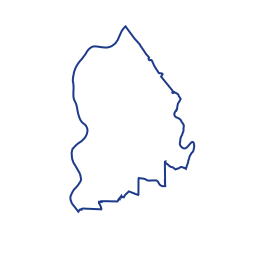 Vijfheerenlanden, Zuid-Holland, Netherlands (Robinson projection), rotated 289°
{"feature_id": "6326949B1292857189709", "entity_name": "Vijfheerenlanden", "entity_type": "district", "adm_level": 2, "iso_a3": "NLD", "parent_name": "Netherlands", "parent_adm1": "Zuid-Holland", "projection": "robinson", "projection_center": [5.057, 51.93], "detail": "fine", "context": "isolated", "style": "outline", "palette": "blue", "viewbox_px": 256, "rotation_deg": 289, "n_neighbors": 0, "source": "geoboundaries", "source_scale": "gbopen_adm2", "svg_char_len": 5582}
<svg xmlns="http://www.w3.org/2000/svg" viewBox="0 0 256 256"><g transform="rotate(289 128 128)"><path d="M223.3,92.6L222.6,92.2L220.7,91.4L219.7,91.1L218.7,90.8L217.7,90.5L215.1,90.2L208.8,89.7L207.8,89.6L205.8,89.0L204.4,88.7L203.7,88.3L202.8,87.8L201.2,86.7L200.4,86.1L199.7,85.5L198.9,84.5L198.3,83.7L197.5,82.4L197.3,81.9L197.0,81.4L196.4,79.2L196.1,78.1L195.8,76.7L195.5,75.0L194.8,71.6L194.7,71.0L194.3,69.9L193.9,69.0L193.7,68.6L193.2,67.8L192.8,67.4L192.2,66.9L190.7,65.8L188.5,64.8L187.4,64.5L186.4,64.2L184.2,63.8L178.0,61.8L175.4,60.7L172.7,59.8L171.0,59.4L168.3,58.9L165.5,58.8L163.2,58.8L158.4,59.5L156.9,59.8L155.4,60.2L154.2,60.7L153.5,61.0L153.2,61.3L152.8,61.6L151.8,62.0L149.5,63.0L148.7,63.3L147.0,63.9L145.4,64.3L140.6,65.9L137.8,67.3L134.3,70.7L132.6,72.0L130.4,73.3L128.0,74.6L125.8,75.9L123.9,77.2L121.8,78.8L120.2,80.3L118.8,82.1L118.0,83.7L117.2,86.2L116.4,87.6L115.1,88.9L113.6,90.0L112.7,90.4L112.1,90.6L110.3,90.9L108.5,91.0L106.6,90.8L104.8,90.4L101.4,88.9L100.1,88.1L97.5,86.1L95.6,84.9L93.8,84.0L90.3,82.4L89.7,82.4L89.2,82.4L86.6,82.7L84.2,83.6L81.9,84.6L80.2,85.6L79.1,86.4L77.5,87.7L74.8,91.0L74.0,91.9L71.5,94.8L70.8,95.5L70.5,95.8L70.1,96.4L69.6,96.9L68.5,97.8L67.4,98.6L64.2,100.3L63.1,100.5L62.0,100.4L60.9,100.2L59.8,99.9L57.2,99.2L56.5,98.9L53.5,97.6L52.2,97.0L50.8,96.6L49.5,96.4L46.8,96.0L45.5,95.9L44.2,96.0L42.9,96.4L41.7,96.9L40.8,97.6L39.8,98.3L38.9,99.1L38.2,99.9L37.5,100.9L36.5,102.5L35.6,103.9L32.7,108.3L35.1,109.0L35.2,109.6L35.5,110.3L35.6,110.5L36.0,110.1L36.4,110.4L36.5,110.5L37.1,111.5L37.4,112.3L37.6,112.9L38.0,114.5L38.5,116.0L38.7,116.7L42.4,129.2L43.0,129.1L43.2,128.9L43.6,128.7L43.9,128.4L44.7,128.0L45.4,127.2L45.9,126.9L46.6,126.2L46.9,125.9L47.2,125.3L47.4,125.1L47.7,125.0L48.8,124.6L49.4,127.0L50.1,126.6L51.3,130.1L51.7,131.2L53.5,136.9L55.1,141.9L55.6,142.0L56.9,142.2L57.2,142.5L57.7,143.3L58.3,142.6L58.5,142.8L60.3,143.4L61.3,143.7L61.6,143.8L60.4,144.5L61.1,145.0L61.1,145.3L61.1,146.6L62.8,146.9L63.3,147.0L63.8,147.1L64.1,147.2L67.0,148.8L67.9,149.2L68.3,149.4L68.3,149.6L68.3,151.0L68.1,155.7L68.0,159.3L68.4,159.3L68.8,159.5L69.1,159.3L79.2,155.9L82.3,154.8L82.5,154.8L83.0,154.7L83.8,154.5L84.2,154.5L84.4,156.0L84.5,156.2L84.9,157.8L85.2,159.8L85.3,160.6L85.2,161.0L85.1,161.7L84.9,162.4L84.8,162.9L84.8,163.4L85.0,164.3L85.2,165.5L85.5,166.1L85.9,166.8L86.1,167.6L87.3,170.7L87.5,171.3L87.6,171.6L87.5,172.6L87.4,173.0L87.1,173.5L86.9,173.9L86.7,174.2L85.6,175.3L85.1,176.0L84.9,176.3L84.6,176.9L84.4,177.5L84.3,178.0L84.2,178.8L84.2,179.3L84.3,179.8L84.4,180.1L84.6,180.7L85.2,182.2L85.4,182.2L85.5,182.1L85.6,181.8L86.5,181.5L89.0,180.5L88.9,180.7L105.7,174.7L108.2,173.9L108.5,174.3L108.0,174.4L107.6,174.5L107.3,174.9L107.1,175.1L106.9,176.1L106.6,176.9L106.6,177.1L106.5,177.4L106.4,177.6L106.0,178.3L105.8,178.8L105.8,179.0L105.6,179.4L105.5,179.7L105.4,180.2L105.2,180.8L105.2,181.2L105.2,181.8L105.3,181.9L105.3,182.1L105.4,183.3L105.3,183.8L105.2,183.9L105.1,184.1L105.0,184.3L104.8,184.7L104.7,185.4L104.6,185.7L104.4,186.1L104.3,186.3L104.4,186.5L104.6,186.8L105.4,187.5L105.6,187.8L105.8,188.1L105.9,188.5L106.0,188.7L106.5,189.1L106.9,189.4L107.2,189.7L107.6,190.0L107.9,190.3L108.3,190.7L108.6,191.2L108.6,191.3L108.6,191.5L108.6,192.7L108.5,194.0L108.6,194.4L108.4,194.5L108.6,194.5L108.6,194.8L108.2,196.0L112.1,196.0L115.0,196.0L116.4,195.7L116.9,195.7L119.0,195.7L120.9,195.5L121.7,195.6L124.1,196.0L124.7,196.2L125.3,196.3L125.6,196.5L126.0,196.8L126.5,197.0L126.9,197.1L127.2,197.1L127.6,197.2L127.8,197.2L128.2,197.2L131.7,196.7L132.5,196.5L133.5,196.0L134.2,195.6L134.8,195.3L135.2,195.0L135.4,194.9L135.6,194.5L135.8,194.1L135.8,193.9L135.8,193.5L135.5,193.1L135.4,192.9L134.9,192.6L133.7,192.0L131.3,191.1L130.2,190.6L128.7,189.9L128.1,189.4L127.8,189.1L127.5,188.8L127.2,188.4L127.1,188.0L126.9,187.6L126.9,187.2L126.9,186.9L127.0,186.1L127.3,185.2L127.8,184.2L127.9,183.9L128.3,183.4L128.7,183.0L129.6,182.3L130.0,182.1L132.3,181.7L134.4,181.2L135.6,181.0L136.4,181.0L137.0,181.0L138.5,181.3L139.5,181.4L140.8,181.3L141.3,181.3L142.6,181.4L143.3,181.4L144.7,181.0L145.0,180.8L147.7,180.2L148.5,180.0L148.7,179.8L149.0,179.6L150.2,178.3L150.5,178.0L150.8,177.3L151.0,177.0L152.4,175.6L152.6,175.4L152.8,175.0L153.1,174.5L153.3,174.1L153.4,173.6L153.6,172.8L153.7,172.3L153.8,171.0L153.8,170.4L154.0,169.6L154.2,169.0L154.4,168.5L154.6,168.3L154.9,168.0L155.8,167.5L156.2,167.4L156.3,167.2L157.4,167.1L159.2,167.4L160.0,167.6L160.4,167.9L160.6,167.9L160.5,168.1L161.3,168.2L162.0,168.2L162.3,168.2L163.0,167.9L163.6,167.8L164.9,167.6L165.5,167.5L167.4,167.3L168.8,167.6L169.2,167.8L169.7,167.9L172.7,168.3L173.7,167.1L174.4,166.0L174.8,165.6L175.7,164.9L175.9,164.6L176.2,164.2L176.4,163.8L176.5,163.0L176.6,162.5L177.0,160.1L176.9,160.1L176.0,159.7L175.9,159.6L175.7,159.2L175.8,158.7L175.9,158.4L176.1,158.4L177.4,158.3L177.7,158.0L179.0,156.0L186.1,144.6L187.3,142.6L187.9,142.7L189.9,143.2L190.3,143.1L190.5,142.9L190.6,142.6L190.3,140.6L190.2,139.8L190.1,139.7L189.9,139.5L189.9,139.4L193.3,135.1L194.1,134.1L194.3,133.7L194.8,133.2L195.4,132.6L196.5,131.5L196.9,131.1L198.4,129.7L199.4,128.8L199.5,128.7L199.9,127.8L199.9,127.7L199.5,127.2L199.4,126.9L199.1,126.5L199.1,126.2L199.2,125.9L199.3,125.6L199.7,125.2L200.2,124.8L200.4,124.8L200.9,125.0L201.1,125.0L201.4,125.0L201.7,124.7L202.9,122.7L203.6,121.3L204.1,120.7L205.0,119.4L205.6,118.7L206.3,117.8L207.2,116.5L208.2,115.2L210.0,112.8L210.2,112.6L210.4,112.5L210.6,112.3L210.7,112.2L212.4,109.2L214.7,105.0L215.4,104.0L217.8,100.5L222.4,93.8L223.3,92.6Z" fill="none" stroke="#1e3a8a" stroke-width="2"/></g></svg>